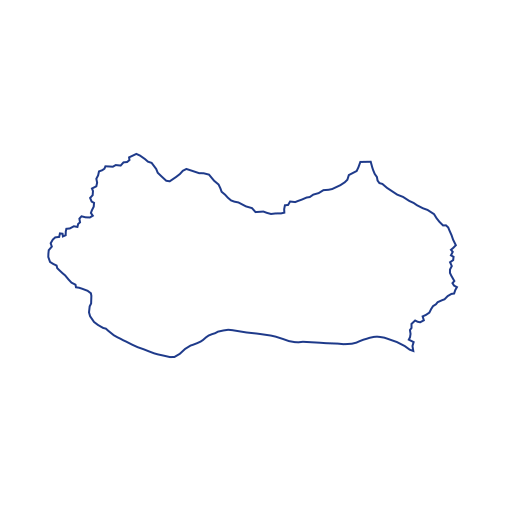 the district of Tupiratins, Tocantins, Brazil, rotated 104°
{"feature_id": "56859067B80877563897035", "entity_name": "Tupiratins", "entity_type": "district", "adm_level": 2, "iso_a3": "BRA", "parent_name": "Brazil", "parent_adm1": "Tocantins", "projection": "albers", "projection_center": [-48.216, -8.355], "detail": "fine", "context": "isolated", "style": "outline", "palette": "blue", "viewbox_px": 512, "rotation_deg": 104, "n_neighbors": 0, "source": "geoboundaries", "source_scale": "gbopen_adm2", "svg_char_len": 3208}
<svg xmlns="http://www.w3.org/2000/svg" viewBox="0 0 512 512"><g transform="rotate(104 256 256)"><path d="M199.8,240.2L203.7,240.0L207.1,239.0L208.6,242.0L210.0,247.4L211.6,251.6L211.5,256.0L211.1,259.6L213.5,267.1L210.5,271.5L210.3,277.7L208.3,286.0L208.5,290.2L208.1,293.7L206.2,297.5L204.0,300.8L202.0,304.9L199.0,306.9L195.7,309.6L193.1,314.9L188.4,321.3L188.4,326.9L189.4,331.2L188.8,338.7L188.4,344.6L191.0,347.6L194.9,349.7L198.7,352.7L204.4,357.8L204.7,361.3L201.7,366.8L199.0,371.5L195.7,373.9L190.9,379.8L190.6,383.7L188.8,387.2L186.6,392.9L185.9,396.8L191.0,403.0L193.5,402.0L196.0,403.8L197.2,407.2L201.0,409.2L201.7,414.1L204.0,416.5L204.7,420.4L205.4,423.8L208.0,424.2L210.0,426.0L211.9,428.8L216.0,428.7L219.7,429.6L223.3,427.9L227.0,427.8L230.2,431.5L232.4,429.9L236.5,429.2L239.8,431.0L243.0,428.6L243.6,426.0L247.4,425.4L251.4,426.3L254.2,426.6L256.4,424.1L258.8,426.5L259.7,430.7L259.7,434.9L262.5,436.4L265.9,434.9L267.9,436.3L271.0,436.3L271.2,439.9L274.3,443.3L275.5,446.6L278.3,446.5L281.9,445.7L283.7,448.1L281.2,449.1L281.5,451.7L285.1,451.6L286.5,455.3L289.2,457.1L293.3,458.3L296.3,456.4L300.5,458.5L304.0,458.0L307.2,457.3L311.6,454.4L312.8,450.7L313.5,447.2L315.9,445.9L317.6,443.0L319.5,439.6L321.0,436.5L324.1,432.3L326.5,428.6L327.5,424.2L329.9,423.1L329.6,420.0L329.8,417.0L330.5,411.0L332.1,407.2L334.5,406.1L342.0,404.5L345.1,405.2L351.1,404.4L354.6,402.4L359.2,397.2L361.2,392.5L362.8,386.9L362.8,384.1L364.2,381.5L367.3,374.8L368.4,370.8L369.1,367.4L369.9,364.4L370.4,361.6L372.0,354.7L373.1,348.8L373.4,345.5L373.7,342.3L374.4,337.1L375.1,331.2L375.2,327.4L375.0,320.9L374.9,315.0L373.7,310.7L369.4,306.3L363.3,302.3L358.7,297.8L357.4,295.7L354.8,292.0L352.4,289.0L350.3,287.1L347.0,284.8L344.6,282.7L342.5,279.8L340.8,277.0L338.6,274.6L336.1,269.5L334.3,265.1L333.7,261.1L332.5,246.7L331.1,236.8L330.7,233.2L329.6,222.3L329.5,217.5L330.0,209.8L330.6,203.5L330.2,197.6L329.5,194.0L327.9,189.8L324.8,173.6L323.7,167.2L321.2,155.3L320.4,149.8L319.6,147.0L317.9,141.7L315.8,137.7L313.6,134.9L311.2,131.5L309.6,128.7L307.9,126.0L306.0,122.1L305.0,119.1L304.6,116.4L304.2,111.9L304.4,109.2L305.4,98.5L307.4,89.9L309.7,84.2L310.1,80.4L305.5,82.4L301.4,82.2L300.2,87.5L297.5,86.9L294.2,87.2L290.6,88.7L288.2,87.7L284.3,88.7L280.1,86.0L280.7,83.3L280.6,80.7L277.8,77.6L274.3,79.7L272.1,76.9L269.0,74.1L265.0,73.2L261.8,72.1L259.3,69.7L256.9,68.6L253.9,64.8L252.4,62.6L248.5,60.3L245.5,57.2L244.5,54.7L240.8,54.4L237.6,53.5L236.8,56.7L234.8,58.8L232.3,57.5L227.8,61.8L225.5,63.7L222.2,64.5L218.4,63.6L215.1,66.2L212.3,63.7L209.0,64.1L208.2,67.0L204.4,66.1L202.8,68.3L200.3,66.5L197.2,64.7L192.5,68.7L188.5,71.3L184.4,74.5L181.8,76.4L180.3,79.1L181.1,81.9L178.4,86.4L175.7,89.9L172.3,93.4L169.8,100.7L169.3,105.6L167.8,112.1L166.4,115.8L165.5,120.6L163.1,127.6L162.3,133.8L158.2,145.4L155.5,150.8L155.4,153.9L153.4,156.3L150.1,157.8L147.6,160.7L144.2,163.2L141.8,164.7L136.8,167.5L139.5,177.5L145.3,178.1L149.2,178.9L155.0,185.5L159.9,185.8L163.0,187.7L166.9,191.3L172.6,198.3L174.2,201.6L175.8,206.5L179.8,210.4L182.6,215.3L185.8,218.1L187.0,221.0L190.2,225.2L192.6,228.8L194.2,231.0L194.9,236.1L198.7,237.2L199.8,240.2Z" fill="none" stroke="#1e3a8a" stroke-width="2"/></g></svg>